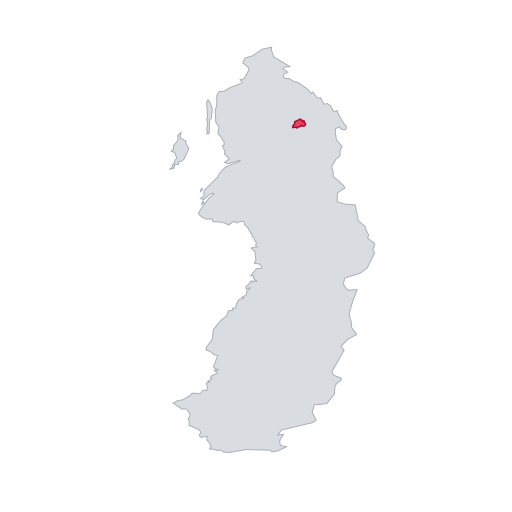 location of Vara, Västra Götaland, Sweden, rotated 157°
{"feature_id": "70781695B49993264725167", "entity_name": "Vara", "entity_type": "district", "adm_level": 2, "iso_a3": "SWE", "parent_name": "Sweden", "parent_adm1": "Västra Götaland", "projection": "robinson", "projection_center": [13.084, 58.267], "detail": "fine", "context": "in_parent", "style": "filled", "palette": "rose", "viewbox_px": 512, "rotation_deg": 157, "n_neighbors": 0, "source": "geoboundaries", "source_scale": "gbopen_adm2", "svg_char_len": 4521}
<svg xmlns="http://www.w3.org/2000/svg" viewBox="0 0 512 512"><g transform="rotate(157 256 256)"><path d="M127.5,338.9L129.3,342.5L133.0,342.0L134.6,339.4L136.5,331.7L134.0,323.1L137.4,320.1L139.5,315.3L144.7,313.9L151.5,308.5L152.2,303.1L153.8,299.1L148.0,286.9L147.5,283.9L156.4,282.3L160.1,274.3L154.1,269.1L144.7,264.2L148.0,248.6L144.0,240.2L144.6,236.7L144.0,231.2L146.3,229.0L141.8,221.0L146.2,215.5L145.5,212.6L158.4,201.5L166.9,199.4L182.6,201.1L186.3,196.7L186.4,194.4L184.9,188.8L176.1,185.5L185.6,175.5L193.0,166.1L194.3,157.1L196.0,153.2L194.0,144.4L204.1,143.4L213.0,139.7L211.7,134.9L231.1,120.1L231.6,117.4L230.1,114.9L225.3,110.3L226.5,108.3L231.8,107.0L234.3,105.0L238.0,98.0L248.6,92.5L260.5,96.2L265.4,90.0L264.7,81.4L268.9,80.5L300.7,85.9L305.8,82.7L300.4,81.0L305.5,77.6L306.9,75.5L307.4,73.0L307.1,71.6L302.5,68.5L312.4,68.0L317.9,69.5L318.5,71.5L340.5,81.6L357.7,85.6L362.8,88.5L364.7,91.7L367.4,91.8L370.8,94.8L374.2,96.5L371.7,98.5L372.1,103.2L373.1,105.4L371.7,109.4L377.3,110.4L378.4,112.9L375.6,115.4L376.2,118.1L383.9,126.5L382.3,129.2L382.0,132.6L378.9,135.1L378.6,137.8L379.4,141.1L380.6,142.8L383.9,143.9L389.8,152.9L384.4,153.5L380.3,152.3L370.8,153.4L368.5,154.7L360.9,151.2L356.9,153.2L353.9,151.4L351.9,154.3L351.5,158.3L348.0,158.0L349.4,159.5L344.8,160.0L344.5,160.7L345.5,161.7L344.2,162.9L337.8,163.3L337.0,164.6L339.0,166.2L339.0,167.2L334.8,165.7L337.8,168.6L338.5,170.7L330.1,179.3L333.2,181.6L335.8,186.5L338.6,188.8L337.6,191.1L328.7,196.6L323.9,205.1L312.6,210.8L306.6,212.2L302.9,216.3L298.2,215.0L298.2,217.3L295.2,215.9L292.9,219.4L288.8,222.5L284.2,221.9L283.7,222.4L285.2,223.3L279.9,224.1L278.5,227.2L274.6,228.1L274.0,229.1L278.0,229.3L277.2,231.9L272.8,233.1L271.2,234.8L269.2,234.7L269.6,233.5L266.6,233.6L265.6,232.1L265.0,232.5L267.2,236.7L265.7,238.4L268.6,240.0L260.5,244.1L255.5,242.5L254.9,243.8L256.1,247.3L260.5,250.1L257.9,251.9L255.3,260.2L257.4,265.2L251.7,264.1L252.2,265.9L250.4,268.1L251.2,271.4L250.7,273.5L252.1,275.4L251.4,276.3L252.5,285.3L254.2,289.1L253.7,292.2L256.1,293.8L261.2,294.2L262.7,296.7L269.0,295.2L273.6,300.2L282.3,304.5L281.9,307.3L287.4,309.3L290.7,313.1L292.1,316.4L291.8,318.4L283.5,323.8L277.1,327.5L270.4,329.7L270.7,330.6L274.1,330.9L282.1,328.3L284.6,330.6L280.2,331.7L279.4,334.8L277.6,336.8L259.8,344.0L257.5,346.2L249.5,349.8L235.0,349.5L232.8,350.3L245.4,351.7L248.4,354.4L242.5,356.0L245.3,362.3L243.8,363.8L243.8,370.7L241.7,370.9L240.8,373.7L242.1,380.7L243.2,382.6L242.8,384.6L239.5,389.3L240.7,394.9L237.0,405.2L232.7,411.1L229.5,419.0L225.7,421.8L221.2,420.1L214.5,421.1L202.4,420.7L200.8,421.5L201.8,424.4L197.4,424.0L189.8,430.1L189.5,433.1L192.7,438.8L188.9,442.5L180.7,441.6L169.8,444.0L160.0,442.1L161.2,440.1L162.0,432.5L150.8,417.1L156.0,418.7L158.1,417.8L154.9,412.8L159.4,412.5L160.8,410.7L160.0,407.8L156.3,406.5L153.1,401.9L149.7,399.5L143.8,390.4L141.7,384.1L139.6,384.7L137.9,377.5L134.7,376.4L134.1,369.2L130.7,368.4L128.5,365.0L128.2,358.7L124.2,357.9L124.8,354.9L123.5,343.7L122.2,340.3L123.3,337.7L125.5,337.5L127.5,338.9ZM296.3,373.1L294.5,373.7L293.5,375.8L290.7,376.8L290.4,383.1L293.1,385.5L290.4,386.6L288.7,390.0L283.8,392.2L281.9,394.4L281.0,397.5L276.8,399.1L279.7,394.5L275.5,389.1L276.5,387.2L275.9,381.0L284.5,373.2L288.5,372.3L290.3,373.1L291.1,371.2L292.4,370.8L296.3,373.1ZM241.3,417.1L239.2,418.4L238.4,416.5L238.5,409.1L243.1,400.4L245.3,399.7L250.9,387.8L251.6,387.0L253.6,387.8L252.2,388.9L252.3,390.9L248.7,397.3L247.8,401.4L246.5,402.4L241.3,417.1ZM298.0,370.6L297.6,372.4L295.4,370.9L297.4,368.9L301.8,369.5L298.0,370.6ZM286.1,324.7L283.4,327.5L282.9,326.3L283.4,325.0L286.1,324.7ZM280.5,339.1L279.1,339.3L280.1,337.4L282.0,336.9L280.5,339.1Z" fill="#d9dde1" stroke="#a8b0b8" stroke-width="1"/><path d="M172.0,359.9L170.8,359.5L170.1,359.3L169.4,359.1L169.0,359.0L168.7,358.6L168.6,358.2L168.2,357.9L167.7,357.8L167.4,357.9L166.9,358.4L166.4,358.3L165.7,358.1L164.5,357.9L163.9,358.2L163.3,358.7L162.9,358.6L162.7,358.3L162.8,357.8L162.3,357.4L161.7,357.0L161.1,356.9L160.1,356.9L159.9,357.0L159.5,357.1L159.1,357.6L158.7,358.8L159.1,359.1L159.4,359.4L159.6,359.7L159.3,360.0L159.4,360.3L159.9,360.8L159.1,361.1L158.9,361.4L159.3,361.7L159.7,361.9L160.5,362.2L160.9,362.5L160.5,362.8L160.5,363.1L160.8,363.4L161.3,363.7L161.8,364.0L161.8,364.7L163.6,364.6L167.0,364.5L167.8,364.5L167.9,364.2L168.4,363.4L168.6,362.7L169.2,362.3L170.1,362.2L170.4,361.9L170.7,361.5L171.5,360.9L171.8,360.6L172.0,359.9L172.0,359.9Z" fill="#f43f5e" stroke="#9f1239" stroke-width="1.5"/></g></svg>